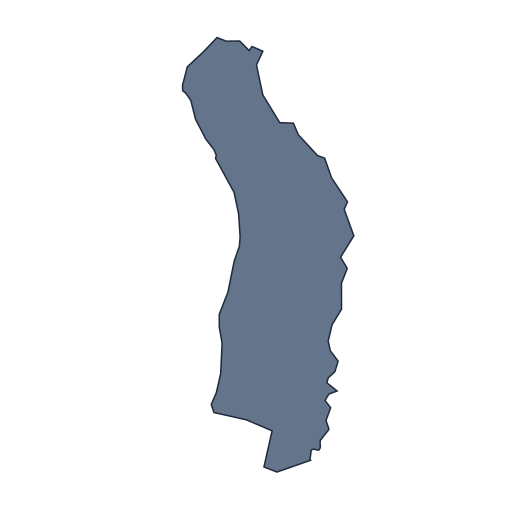 the district of Calvert, Maryland, United States of America, rotated 193°
{"feature_id": "52423323B93110691068578", "entity_name": "Calvert", "entity_type": "district", "adm_level": 2, "iso_a3": "USA", "parent_name": "United States of America", "parent_adm1": "Maryland", "projection": "equal_earth", "projection_center": [-76.573, 38.545], "detail": "fine", "context": "isolated", "style": "filled", "palette": "slate", "viewbox_px": 512, "rotation_deg": 193, "n_neighbors": 0, "source": "geoboundaries", "source_scale": "gbopen_adm2", "svg_char_len": 1125}
<svg xmlns="http://www.w3.org/2000/svg" viewBox="0 0 512 512"><g transform="rotate(193 256 256)"><path d="M307.0,459.2L308.9,454.6L309.0,454.7L316.6,459.5L320.3,461.8L332.7,458.8L333.5,458.6L343.1,460.1L353.0,443.4L365.5,424.8L366.0,405.8L364.6,400.5L361.1,398.9L354.5,392.9L345.7,375.7L331.1,358.5L320.9,350.2L318.3,346.5L317.3,345.2L317.5,342.1L291.7,313.1L282.4,293.1L275.7,270.7L274.4,261.4L276.1,246.1L275.2,214.5L278.7,191.0L275.8,178.5L269.4,163.3L264.0,133.6L263.9,114.0L266.2,101.3L261.8,94.0L228.6,94.2L201.0,89.3L200.8,52.2L187.0,50.2L156.8,69.3L157.9,70.7L157.9,73.6L158.5,78.6L157.9,80.0L156.4,80.8L151.6,80.8L150.8,81.6L150.3,83.3L150.4,84.8L151.7,88.9L151.8,91.0L147.9,99.3L146.5,102.0L146.0,103.8L150.8,111.5L149.1,124.9L156.3,130.8L153.9,137.9L146.6,142.7L158.5,148.4L158.2,153.6L153.1,161.0L152.3,172.0L162.3,180.4L166.5,189.4L166.4,206.2L160.7,223.4L166.6,248.8L164.3,264.4L173.3,273.9L165.2,297.7L180.6,321.4L179.0,329.3L200.0,349.2L211.1,366.8L218.6,367.7L242.1,383.7L249.4,393.8L262.9,391.3L285.6,414.5L298.5,442.2L295.4,457.1L307.0,459.2Z" fill="#64748b" stroke="#1e293b" stroke-width="1.5"/></g></svg>